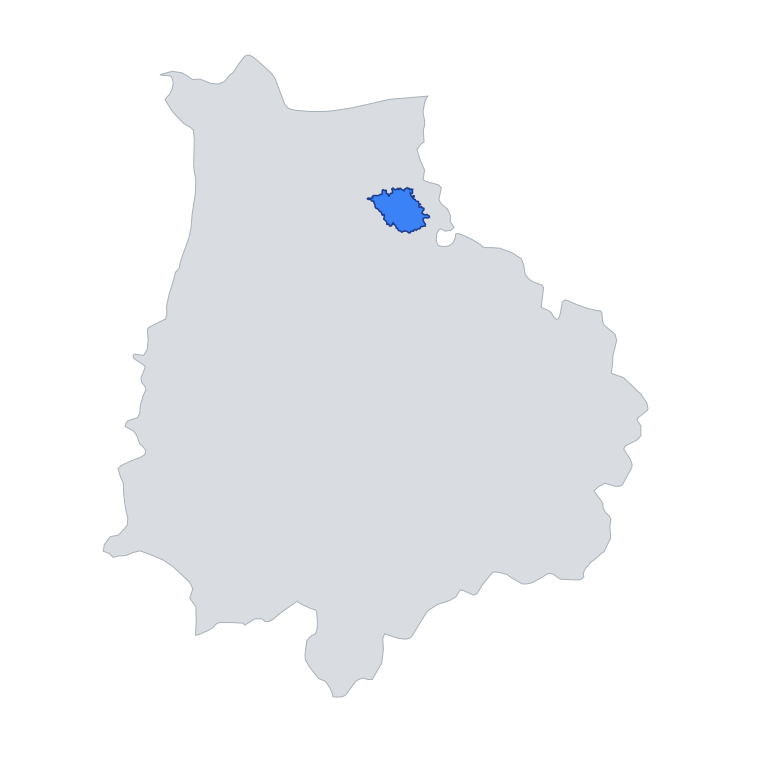 Lida, Grodno, Belarus (highlighted), rotated 95°
{"feature_id": "67162791B46145411949360", "entity_name": "Lida", "entity_type": "district", "adm_level": 2, "iso_a3": "BLR", "parent_name": "Belarus", "parent_adm1": "Grodno", "projection": "orthographic", "projection_center": [25.213, 53.776], "detail": "fine", "context": "in_parent", "style": "filled", "palette": "blue", "viewbox_px": 768, "rotation_deg": 95, "n_neighbors": 0, "source": "geoboundaries", "source_scale": "gbopen_adm2", "svg_char_len": 7934}
<svg xmlns="http://www.w3.org/2000/svg" viewBox="0 0 768 768"><g transform="rotate(95 384 384)"><path d="M650.7,549.9L637.8,550.3L622.4,552.0L614.3,558.8L604.6,556.6L598.2,560.6L584.2,578.5L578.9,587.9L574.2,602.1L571.5,612.6L573.9,619.6L577.3,626.0L578.4,633.2L580.3,638.7L576.8,643.0L575.0,649.1L568.3,648.6L559.9,643.5L557.7,635.4L551.1,630.2L546.9,627.5L540.2,627.5L529.7,630.9L515.9,633.8L505.4,635.0L499.8,638.3L491.5,641.6L488.0,638.5L482.8,629.5L478.4,620.4L475.6,616.5L473.2,615.5L470.4,615.9L467.3,619.0L465.0,622.1L456.3,626.1L452.6,629.6L448.8,638.3L445.9,637.8L442.9,636.0L439.1,626.7L434.4,624.7L427.0,624.9L417.8,623.3L410.3,620.7L407.6,621.5L403.3,625.8L398.6,626.5L388.0,623.3L386.0,625.1L380.3,635.8L377.5,636.4L375.9,635.1L376.5,626.0L370.3,622.9L360.0,622.8L352.9,624.3L349.3,624.1L347.5,622.3L338.2,607.3L333.6,606.4L325.3,607.4L312.9,605.8L298.7,602.7L290.9,601.5L286.8,598.2L278.1,597.1L254.7,590.9L245.1,589.9L231.1,589.9L209.7,588.5L196.0,589.3L189.7,591.4L182.3,592.7L156.9,594.3L147.8,595.9L145.2,599.1L142.1,606.1L131.4,618.2L121.1,626.1L119.2,626.8L113.3,622.4L108.3,620.8L102.5,620.2L98.3,621.5L95.7,623.5L95.8,632.9L95.2,633.7L91.0,622.4L91.6,612.3L94.2,606.6L97.3,601.5L96.3,593.7L99.5,583.4L99.7,576.0L98.5,572.7L96.2,569.0L89.7,564.7L86.9,561.4L78.1,556.8L69.4,551.2L68.0,547.9L68.5,545.7L70.1,542.3L77.1,532.5L84.6,522.9L89.3,519.1L114.1,507.2L118.0,502.9L119.1,495.5L118.9,480.6L117.7,467.0L116.0,457.6L111.7,439.9L99.9,403.3L93.4,365.4L98.2,367.8L109.5,368.9L118.6,366.4L123.3,366.2L127.5,367.0L139.4,365.2L142.3,368.6L147.6,371.6L158.1,367.4L167.4,362.2L177.0,362.9L178.4,360.3L180.9,346.9L183.7,344.0L195.2,345.4L199.4,343.0L203.8,336.4L210.6,332.3L216.2,332.3L222.1,327.7L224.9,330.8L226.4,336.3L224.4,340.7L225.3,342.4L229.4,344.6L236.4,344.5L240.8,342.6L241.8,340.1L241.8,335.5L240.6,331.3L237.7,327.6L232.1,325.7L228.3,325.7L227.6,323.3L228.9,318.3L232.2,309.1L236.4,300.7L238.9,297.5L239.3,294.6L238.8,289.6L238.6,280.5L242.2,267.7L247.2,258.2L253.8,255.0L262.0,253.2L267.1,248.6L269.6,243.4L271.7,235.1L274.3,233.4L293.9,234.1L296.7,225.9L298.4,223.6L302.1,221.1L304.6,218.1L303.6,215.9L298.6,214.5L286.8,213.5L284.4,210.8L285.1,207.5L288.1,199.0L290.8,188.1L292.2,179.6L292.2,174.7L293.9,173.3L303.3,171.5L306.4,169.7L314.3,158.1L320.4,156.0L336.5,158.5L343.8,158.0L353.1,158.5L353.9,157.3L356.8,145.9L371.8,127.1L379.9,120.5L385.2,118.9L387.0,119.1L395.9,128.4L397.9,128.7L403.3,124.4L412.9,123.6L417.6,126.8L424.6,138.2L428.0,139.5L437.1,132.4L442.2,129.9L445.6,129.8L464.0,137.9L465.4,140.8L465.8,144.2L463.6,155.1L467.7,161.4L472.3,165.6L481.1,157.7L484.3,155.4L488.0,155.1L492.8,152.1L496.1,147.7L499.4,146.1L506.0,146.6L517.8,144.8L532.1,150.3L533.4,152.2L540.9,159.2L543.6,162.8L546.0,163.8L550.0,167.2L555.1,169.1L558.5,168.1L560.2,169.2L562.0,172.0L562.5,176.9L563.1,191.1L558.8,198.9L558.3,201.5L558.8,204.6L563.3,210.4L569.2,219.5L570.8,224.9L571.1,229.0L565.1,241.7L563.0,244.7L561.9,250.8L561.5,256.9L562.2,259.4L574.8,268.1L583.9,272.6L586.1,275.0L586.4,276.6L582.7,287.3L582.4,290.1L589.8,293.8L594.3,300.3L598.7,311.0L606.3,321.0L632.8,334.2L635.2,336.7L636.3,340.0L636.2,347.3L632.8,361.5L637.4,363.1L648.4,361.5L662.1,361.9L679.4,370.0L679.8,374.4L678.6,378.5L680.1,382.6L682.3,386.0L697.5,395.4L699.2,398.4L700.0,403.6L700.0,407.6L696.2,408.8L692.0,411.1L685.3,416.4L683.2,423.3L672.5,433.5L665.7,438.3L660.1,439.1L646.3,438.5L641.1,434.5L638.8,430.6L633.4,429.2L626.4,429.7L616.9,431.2L615.1,432.6L613.9,437.8L610.6,446.8L608.1,451.9L621.8,467.9L628.5,474.4L630.9,478.5L631.0,481.6L628.4,485.5L629.5,492.7L636.4,501.7L634.5,503.4L634.9,515.2L636.1,527.8L638.0,530.6L641.4,532.8L644.6,537.2L650.1,547.2L650.7,549.9Z" fill="#d9dde1" stroke="#a8b0b8" stroke-width="1"/><path d="M186.5,378.2L186.8,378.5L187.2,379.1L187.7,379.8L188.2,380.4L188.7,380.4L189.4,380.4L189.8,380.9L189.5,381.2L189.1,381.8L188.9,382.5L188.9,383.0L188.6,383.8L187.9,384.1L187.6,384.5L187.6,385.0L187.9,385.6L188.4,385.7L189.0,386.2L189.1,386.4L188.8,386.7L188.3,386.9L187.9,387.3L188.0,387.6L188.4,387.9L188.8,388.3L189.1,388.9L189.4,389.5L189.4,390.1L189.3,390.6L188.8,391.1L188.2,391.6L188.1,392.3L188.6,392.8L189.0,393.2L189.8,393.1L190.1,392.5L190.7,392.2L191.3,392.4L192.1,392.4L192.6,392.2L193.2,392.4L193.4,393.1L193.4,393.5L193.6,394.1L194.0,394.4L194.5,394.6L194.8,394.7L195.2,394.9L195.9,395.1L196.3,395.3L196.4,395.7L196.0,395.9L195.6,396.1L194.7,396.2L194.2,396.6L194.2,397.2L194.1,397.9L194.0,398.2L193.3,398.4L192.6,398.4L191.8,398.5L191.1,398.6L190.9,398.8L190.8,399.2L191.2,399.7L191.3,400.0L191.3,400.3L191.1,400.6L190.8,401.0L190.5,401.8L190.8,402.3L191.6,402.6L192.1,402.6L193.3,402.5L194.1,402.5L194.7,402.5L195.3,402.6L195.5,403.1L195.5,403.8L195.4,404.4L195.9,404.6L196.3,405.0L196.5,405.8L196.7,406.4L197.1,406.9L197.1,407.3L196.9,407.9L196.9,408.8L197.1,409.5L197.1,410.6L197.3,411.0L197.7,411.6L197.9,411.8L198.6,412.1L198.8,411.9L199.0,411.5L199.8,411.6L200.0,412.1L200.1,412.9L200.0,413.7L200.2,414.5L200.1,415.5L200.3,416.3L200.8,416.7L201.2,416.6L201.5,415.7L201.5,415.2L201.3,414.6L201.3,413.8L201.4,413.3L201.9,412.9L202.4,412.7L202.8,412.1L202.8,411.3L202.7,410.7L202.9,410.0L203.6,409.9L204.3,409.8L205.0,409.5L205.3,409.1L205.8,408.8L206.4,408.6L207.4,408.5L208.4,408.2L209.1,407.8L209.6,407.2L209.9,406.3L210.2,405.5L210.4,404.9L210.9,404.5L212.2,403.7L212.6,402.9L213.0,401.8L213.7,401.5L214.5,401.1L215.3,400.9L216.0,400.4L215.8,399.8L215.3,399.4L215.1,398.7L215.3,398.5L216.0,398.4L216.9,398.4L218.2,398.4L219.1,398.6L219.8,398.6L220.0,398.3L220.6,397.4L221.5,396.4L222.0,395.7L222.4,395.5L222.7,395.2L223.3,395.1L224.0,395.2L224.5,395.2L224.7,394.8L224.7,394.4L224.7,393.8L224.5,393.4L224.3,393.1L225.2,392.6L225.8,392.3L226.2,391.8L225.9,391.3L225.8,390.3L225.1,390.2L224.5,389.9L224.4,389.5L223.7,389.4L222.7,389.2L222.6,388.7L223.3,388.3L223.9,388.2L224.4,387.7L224.7,387.0L225.1,386.4L226.4,385.7L227.1,385.5L227.6,385.4L227.6,384.8L228.1,384.2L228.5,383.7L229.2,383.4L229.9,382.8L230.0,382.0L230.1,381.1L230.6,380.4L231.2,379.7L231.1,379.3L230.8,378.8L230.3,378.2L229.9,377.9L229.8,377.4L230.0,376.8L230.0,376.4L229.8,375.9L229.6,375.4L229.8,374.7L230.2,374.0L230.7,373.3L231.2,372.8L231.3,372.2L231.2,371.6L231.1,371.1L230.7,370.8L230.1,370.7L229.5,370.3L229.4,369.9L229.3,369.2L229.2,368.7L229.2,367.9L228.3,367.5L227.6,367.3L227.3,366.5L227.7,365.9L228.1,365.3L227.5,364.8L226.8,364.2L226.3,363.7L226.3,363.1L226.4,362.1L225.7,361.5L224.8,361.3L223.9,361.0L223.8,359.9L223.5,358.4L223.0,357.5L223.0,356.8L222.8,356.9L222.1,356.8L221.3,356.6L220.7,357.0L220.4,357.4L220.0,357.7L219.4,358.2L218.7,358.6L218.2,358.8L217.7,359.1L217.0,359.4L215.9,359.5L215.3,358.8L215.0,358.1L214.7,357.2L214.7,356.7L214.8,355.9L214.7,354.8L214.5,354.0L213.9,353.3L213.1,353.4L212.3,354.1L212.1,354.8L211.7,355.3L211.5,355.8L211.3,356.3L211.6,356.7L211.9,357.3L212.1,357.8L211.9,358.5L211.7,359.1L211.2,359.4L211.1,359.9L211.1,360.5L210.7,361.0L210.0,361.0L209.0,360.7L208.1,360.3L207.5,359.7L207.0,359.5L206.3,359.4L205.5,359.5L205.3,360.0L205.5,360.5L205.3,361.1L204.9,361.5L204.3,361.7L204.1,362.1L204.3,362.9L204.7,363.4L204.9,364.1L204.5,364.7L203.5,364.9L202.9,364.6L202.6,363.9L202.0,363.2L201.5,363.7L201.6,364.1L201.6,364.6L201.4,365.0L200.8,365.3L200.2,365.4L199.5,365.4L199.1,365.9L199.1,366.5L199.1,367.4L198.9,368.0L198.5,368.5L197.8,368.8L197.4,369.1L197.4,369.7L197.3,370.4L197.1,370.9L196.8,371.3L196.3,371.4L196.0,371.0L195.6,370.6L194.6,370.3L194.1,370.2L193.8,370.6L194.0,371.3L194.5,371.9L195.2,372.3L195.3,372.7L195.1,373.0L194.6,373.1L193.8,373.5L193.4,373.7L192.8,374.1L192.2,374.3L191.4,374.4L191.7,373.9L191.9,373.1L191.7,372.4L191.2,372.3L190.1,372.2L189.6,372.6L189.2,372.8L188.3,372.5L187.6,372.4L187.6,373.1L187.8,373.5L187.5,373.9L187.3,374.2L187.7,374.7L188.0,375.0L188.2,375.5L188.1,375.8L187.5,375.9L187.1,376.0L186.8,376.2L186.9,376.7L187.0,377.2L186.8,378.0L186.5,378.2Z" fill="#3b82f6" stroke="#1e3a8a" stroke-width="1.5"/></g></svg>